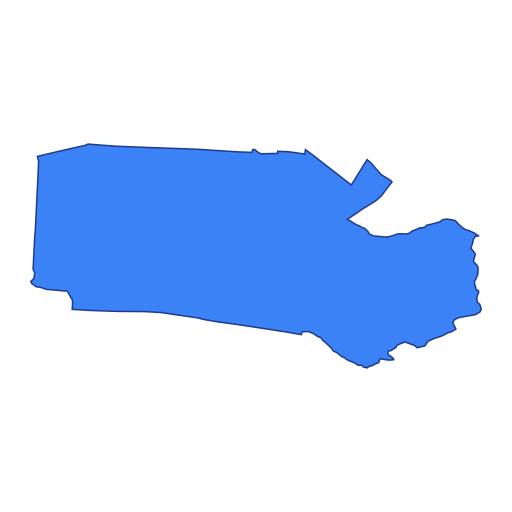 Covasint, Arad, Romania (Robinson projection)
{"feature_id": "2599482B42715428372947", "entity_name": "Covasint", "entity_type": "district", "adm_level": 2, "iso_a3": "ROU", "parent_name": "Romania", "parent_adm1": "Arad", "projection": "robinson", "projection_center": [21.613, 46.208], "detail": "fine", "context": "isolated", "style": "filled", "palette": "blue", "viewbox_px": 512, "rotation_deg": 0, "n_neighbors": 0, "source": "geoboundaries", "source_scale": "gbopen_adm2", "svg_char_len": 3296}
<svg xmlns="http://www.w3.org/2000/svg" viewBox="0 0 512 512"><path d="M367.2,367.9L367.9,367.4L368.0,367.2L368.5,366.9L369.1,366.4L371.9,365.7L373.4,365.1L374.3,364.4L374.8,364.0L376.7,363.4L378.6,362.7L379.2,361.1L379.0,360.7L379.7,359.4L380.5,358.9L383.0,359.2L386.2,359.8L389.4,360.1L392.3,359.9L393.8,359.6L393.5,358.7L391.6,356.8L389.7,355.6L388.6,355.0L387.7,352.8L388.3,351.1L390.8,350.7L396.2,347.2L396.7,345.5L400.0,343.9L404.9,342.0L414.2,345.3L417.2,347.7L419.4,347.2L421.1,346.8L424.9,345.9L427.9,341.3L434.8,338.2L441.8,336.0L448.1,332.7L450.3,332.1L451.7,331.6L455.9,329.1L454.7,326.5L453.0,323.5L453.7,320.3L455.8,319.1L457.9,317.9L463.2,316.8L469.8,315.6L475.3,314.7L480.0,311.9L481.3,309.1L479.8,304.4L477.4,302.3L476.8,298.2L477.6,294.5L478.7,292.6L478.3,290.5L476.4,290.1L475.4,286.3L474.5,283.4L474.5,281.4L476.2,278.4L477.8,274.3L478.0,271.3L478.1,268.5L477.9,266.8L476.6,264.8L474.1,262.3L473.5,260.9L474.8,256.2L475.2,254.9L475.1,253.4L474.1,252.6L473.3,251.1L471.6,249.1L470.9,248.0L471.3,246.8L472.5,243.5L472.6,243.2L473.3,239.9L473.5,239.1L475.4,236.4L477.9,235.9L478.3,235.8L477.1,234.9L474.6,233.2L471.6,231.8L468.6,230.4L466.0,229.9L461.6,227.0L458.0,223.6L455.4,220.7L453.6,220.2L451.7,219.7L446.7,219.1L444.8,219.4L442.9,219.6L439.4,222.0L434.6,223.3L431.6,224.1L426.2,225.4L425.4,227.1L421.0,227.9L419.8,227.7L418.2,228.6L414.6,230.1L412.2,231.0L409.7,232.9L407.8,233.8L403.7,234.0L402.1,233.7L398.9,233.8L397.0,234.1L394.0,235.3L391.2,236.1L387.6,236.9L383.8,237.0L378.8,236.3L374.1,236.0L371.9,235.4L371.5,234.9L369.4,234.0L367.9,231.5L365.8,229.4L363.9,227.9L362.9,228.0L359.6,226.0L357.1,225.0L354.3,223.5L350.8,221.2L347.3,219.3L347.9,218.9L357.3,212.7L362.1,209.2L367.1,206.2L374.6,201.6L377.0,199.8L380.7,196.5L383.2,193.5L384.7,191.4L388.5,186.4L392.0,181.9L391.8,181.8L391.3,181.3L390.6,180.4L386.8,178.1L381.0,174.5L375.2,167.8L370.6,162.5L368.5,160.8L367.1,159.6L351.3,185.0L311.8,154.3L305.4,149.6L305.3,150.1L305.0,154.0L300.3,153.4L290.6,152.0L286.0,151.6L277.7,151.3L277.6,153.4L260.7,153.8L257.8,152.1L254.8,149.6L254.0,149.6L253.0,149.4L251.7,152.4L236.7,151.8L198.2,149.3L145.9,147.4L116.2,146.2L102.4,145.2L88.7,144.1L87.2,144.3L87.1,144.5L85.8,145.2L70.6,148.6L48.6,153.7L39.5,155.9L37.4,156.4L37.7,157.8L38.6,161.0L37.9,178.0L36.3,210.0L35.4,228.7L34.6,238.7L33.1,269.0L34.7,272.9L34.2,276.2L33.9,278.6L30.7,281.5L32.3,284.2L33.1,284.5L34.0,284.9L35.7,286.6L36.1,286.7L40.2,287.3L45.6,289.0L46.3,289.4L56.5,290.2L60.3,290.6L64.2,291.0L66.1,290.9L67.0,291.2L67.7,291.8L69.9,295.6L71.1,298.1L72.2,299.2L72.5,301.2L72.5,304.4L72.2,309.4L91.1,310.5L117.8,311.4L144.7,311.6L161.6,312.6L176.5,314.8L197.8,317.9L200.8,318.7L205.3,319.8L218.2,321.9L239.2,324.8L272.8,329.9L286.9,332.1L300.9,334.6L301.4,334.6L302.0,331.9L307.9,331.5L308.5,331.5L310.7,332.7L311.4,332.6L313.0,333.4L316.8,335.9L318.9,337.1L319.1,337.0L319.4,337.2L320.0,337.2L321.0,337.7L321.5,338.6L322.7,340.3L326.3,343.3L331.7,348.5L333.0,350.7L334.9,351.7L336.9,352.7L341.2,356.1L342.6,356.9L344.4,357.7L345.3,358.4L346.5,359.5L348.3,360.3L350.2,361.2L351.9,361.8L353.6,362.5L355.3,363.3L356.3,364.1L357.3,364.8L358.2,365.3L358.9,365.4L360.8,365.2L361.8,365.4L362.7,366.1L364.0,367.4L365.6,367.4L367.1,367.6L367.2,367.9Z" fill="#3b82f6" stroke="#1e3a8a" stroke-width="1.5"/></svg>